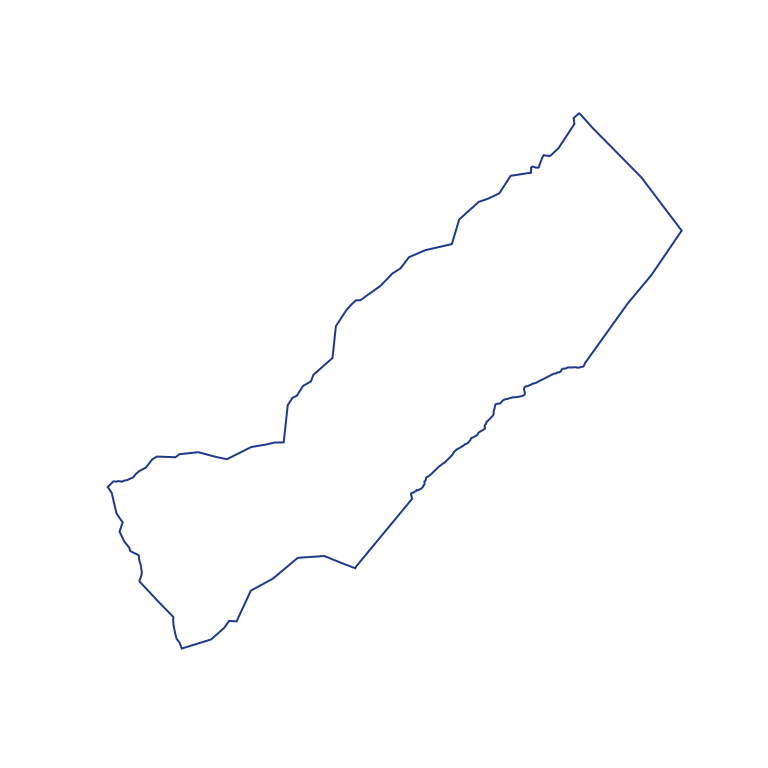 Bayan-O'ndor, Bayanhongor, Mongolia (Mercator projection), rotated 222°
{"feature_id": "93677404B33284424031377", "entity_name": "Bayan-O'ndor", "entity_type": "district", "adm_level": 2, "iso_a3": "MNG", "parent_name": "Mongolia", "parent_adm1": "Bayanhongor", "projection": "mercator", "projection_center": [98.192, 43.835], "detail": "fine", "context": "isolated", "style": "outline", "palette": "blue", "viewbox_px": 768, "rotation_deg": 222, "n_neighbors": 0, "source": "geoboundaries", "source_scale": "gbopen_adm2", "svg_char_len": 6009}
<svg xmlns="http://www.w3.org/2000/svg" viewBox="0 0 768 768"><g transform="rotate(222 384 384)"><path d="M520.4,122.6L513.5,120.9L496.3,108.9L485.6,106.2L481.7,97.3L471.7,93.2L463.9,91.9L460.8,90.1L451.6,92.6L447.6,89.0L446.7,88.5L445.0,87.5L443.0,86.3L441.7,85.1L441.2,84.6L440.9,84.4L440.2,83.7L439.2,83.1L438.8,82.9L438.5,82.5L438.0,81.8L437.3,81.1L436.2,79.3L435.9,78.6L435.3,77.2L434.9,76.1L434.3,74.4L433.2,73.6L428.3,73.2L422.1,72.7L406.7,71.3L384.6,69.9L382.6,67.3L381.5,66.3L379.6,64.4L372.3,58.9L367.6,55.9L362.8,54.9L357.3,52.1L341.6,78.4L339.6,95.5L340.6,104.3L334.7,108.9L344.7,141.3L336.3,165.1L331.8,197.1L313.3,216.2L294.3,223.1L282.0,227.9L282.6,229.9L286.3,317.6L286.8,317.7L287.4,318.2L288.0,318.6L288.5,319.0L289.1,319.4L289.5,319.7L290.1,320.1L290.4,320.4L290.6,320.8L290.6,321.2L290.4,321.7L290.0,322.2L289.8,322.6L289.6,322.9L289.4,323.2L289.4,323.5L289.2,324.2L289.1,324.5L288.9,325.0L288.7,325.6L288.7,325.8L288.7,326.3L288.8,326.6L288.8,326.9L288.4,326.9L288.3,327.0L288.1,327.2L288.0,327.5L287.7,327.7L287.4,327.9L287.4,328.1L287.3,328.4L287.2,328.9L287.2,329.3L287.0,329.7L286.9,329.9L286.6,330.2L286.5,330.6L286.4,330.8L286.4,331.3L286.4,331.5L286.4,331.8L286.3,332.1L286.2,332.4L286.2,332.6L286.2,333.1L286.3,333.7L286.4,334.2L286.6,334.6L286.9,335.6L286.7,336.2L286.7,336.6L286.9,336.8L287.2,337.1L287.7,337.6L288.1,337.9L288.4,338.2L288.7,338.7L288.7,339.3L288.6,339.8L288.6,340.2L288.8,340.5L289.0,340.9L289.3,341.4L289.4,341.5L289.5,341.6L289.9,342.0L290.1,342.4L290.1,342.6L289.9,342.9L289.8,343.5L289.7,343.8L289.5,344.6L289.2,345.4L289.0,346.4L288.8,347.1L288.8,347.8L288.7,348.3L288.5,349.5L288.5,350.3L288.5,351.5L288.3,353.1L288.2,355.2L288.2,355.9L288.1,356.8L288.1,357.7L287.9,359.2L287.8,360.1L287.7,360.5L287.6,361.2L287.1,363.7L286.5,365.7L286.3,366.8L286.2,368.1L286.0,372.4L286.0,372.7L285.9,373.9L285.9,374.8L285.8,376.2L285.8,376.7L285.9,377.3L286.2,378.6L286.4,379.8L286.5,380.5L286.4,381.4L286.3,382.9L286.2,383.3L286.1,384.1L285.9,384.8L285.2,386.5L284.8,387.9L284.8,388.2L284.7,388.5L284.4,389.1L284.2,389.5L284.1,390.2L284.1,390.6L283.9,391.0L283.7,391.5L283.6,391.8L283.6,392.4L283.5,393.1L283.3,393.9L282.8,394.6L282.4,395.6L282.3,396.4L282.2,396.9L282.1,397.3L282.2,397.7L282.3,398.5L282.3,399.2L282.3,400.3L282.4,400.5L282.6,400.9L282.9,401.7L282.9,402.0L282.8,402.9L282.6,403.1L282.2,403.5L282.0,403.9L281.7,405.1L281.2,406.4L280.6,408.0L280.5,408.4L280.6,409.1L281.0,410.4L281.1,411.0L281.1,411.7L279.9,415.3L279.3,417.4L279.1,418.1L279.2,418.3L279.5,418.9L279.9,419.1L280.5,419.3L280.9,419.7L281.3,420.6L281.5,421.8L281.5,422.6L281.6,423.0L282.3,424.0L282.5,424.5L282.2,425.4L282.2,425.7L282.2,426.2L282.2,427.0L282.2,427.4L282.1,428.0L282.0,428.5L282.0,429.7L282.1,430.5L282.0,431.5L282.0,432.4L282.0,433.0L282.0,433.3L282.0,433.6L282.0,434.0L282.2,434.3L282.4,434.9L282.6,435.2L283.1,435.8L283.6,436.4L284.1,436.8L284.3,437.1L284.5,437.4L284.8,438.3L285.0,438.9L285.2,439.3L285.8,440.4L286.5,441.3L287.0,442.3L287.4,443.3L287.4,443.7L287.3,444.1L287.1,444.5L286.4,445.2L285.9,445.8L285.2,446.6L284.8,447.3L284.6,448.1L284.5,448.7L284.7,449.2L284.8,450.3L284.7,450.9L284.3,452.5L284.0,453.2L283.2,454.4L282.5,455.2L282.0,456.0L281.4,457.2L280.4,458.8L279.8,459.5L279.2,460.4L278.2,461.3L276.6,463.2L275.1,465.0L273.5,467.2L273.1,467.9L272.9,468.3L272.6,469.0L272.5,469.8L272.5,470.4L272.7,470.8L273.0,471.3L273.6,471.8L274.1,472.2L275.8,473.3L276.3,473.7L276.5,473.8L276.7,474.1L276.9,474.6L277.2,475.4L277.3,475.7L277.3,476.3L277.3,476.5L277.1,477.0L276.9,477.3L276.5,477.7L276.4,477.9L275.8,478.4L275.6,478.7L275.4,479.3L275.3,480.1L274.7,481.0L274.1,482.5L273.7,483.8L273.3,484.5L272.8,485.1L272.4,485.6L272.1,485.9L271.8,486.7L271.5,487.5L271.0,488.9L270.8,489.6L270.7,489.8L270.5,490.3L270.1,491.3L269.4,493.2L268.7,494.6L268.6,495.0L268.5,495.4L268.2,496.2L267.8,497.1L267.3,498.5L267.0,499.3L266.2,501.2L265.7,502.8L265.1,504.2L264.5,505.4L263.8,506.4L263.2,507.0L262.9,507.5L262.9,507.9L263.0,508.2L262.9,508.5L262.5,509.0L262.3,509.3L261.7,509.7L261.5,510.0L261.4,510.4L261.2,511.2L261.1,511.5L261.2,512.1L261.3,512.8L261.6,513.7L261.6,514.2L261.4,514.9L261.0,515.4L260.1,516.3L259.6,516.8L259.0,517.7L258.9,518.2L258.8,518.6L258.5,519.1L258.3,519.5L258.0,519.7L257.5,520.1L256.9,520.7L256.2,521.3L255.4,522.0L254.8,522.6L254.2,523.3L253.8,523.8L253.0,524.5L252.7,524.8L251.8,525.2L250.9,525.9L250.1,526.6L249.9,526.9L249.8,527.0L249.4,527.8L249.3,528.1L248.9,528.6L248.0,529.7L247.7,530.0L247.6,530.5L247.7,531.3L247.8,532.1L248.0,532.6L248.3,533.2L248.6,534.0L256.8,607.2L257.0,612.5L258.2,644.1L265.4,697.1L269.9,698.0L285.0,700.9L302.2,704.2L322.5,708.1L331.2,709.8L343.7,710.5L351.7,711.0L373.4,712.3L387.8,713.1L400.5,713.9L410.6,715.0L419.8,715.9L420.2,715.0L421.1,708.5L416.5,704.7L412.3,677.2L412.1,676.1L412.3,674.9L412.3,673.4L412.4,672.6L412.7,669.8L412.7,669.1L412.8,667.8L412.9,666.7L413.0,665.5L413.5,664.4L414.0,663.8L418.5,660.8L417.9,658.3L414.9,650.5L414.1,649.2L414.0,648.5L414.2,648.0L414.9,647.3L417.1,645.8L418.6,645.3L419.0,645.1L419.2,644.7L419.3,644.3L419.5,643.6L419.4,643.0L419.0,642.6L418.3,642.2L418.1,641.9L417.3,640.4L416.2,639.8L416.2,639.2L416.9,638.2L418.0,637.2L429.2,623.4L425.9,602.8L430.8,591.1L435.5,582.6L438.2,556.6L427.2,533.4L442.8,511.2L450.3,494.9L449.1,480.9L451.7,471.9L452.3,454.4L455.7,439.5L457.6,430.4L460.8,427.5L461.4,421.8L461.4,413.6L458.4,394.7L439.7,368.9L442.6,343.6L440.0,337.0L442.9,328.4L440.9,316.8L442.8,312.7L441.4,303.9L419.5,273.5L426.3,267.1L430.6,260.8L440.5,248.3L450.4,223.0L459.3,217.8L476.3,209.1L489.0,195.0L490.0,190.0L504.2,178.1L505.8,173.0L505.0,162.5L507.6,155.5L507.8,154.4L508.2,151.1L508.0,148.1L507.9,146.9L508.1,146.1L508.7,145.1L509.3,143.7L510.3,141.3L511.2,139.9L512.2,138.7L512.7,137.9L513.0,136.5L513.3,136.2L513.7,136.1L513.9,135.7L514.3,135.5L515.4,134.8L516.3,134.2L516.9,133.4L517.5,132.4L518.3,131.8L519.7,130.7L520.1,130.2L520.1,129.1L520.1,127.3L520.2,125.6L520.3,123.0L520.4,122.6Z" fill="none" stroke="#1e3a8a" stroke-width="2"/></g></svg>